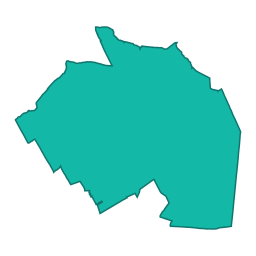 the district of Bahna, Neamt, Romania, rotated 90°
{"feature_id": "2599482B15679101167619", "entity_name": "Bahna", "entity_type": "district", "adm_level": 2, "iso_a3": "ROU", "parent_name": "Romania", "parent_adm1": "Neamt", "projection": "orthographic", "projection_center": [26.776, 46.763], "detail": "fine", "context": "isolated", "style": "filled", "palette": "teal", "viewbox_px": 256, "rotation_deg": 90, "n_neighbors": 0, "source": "geoboundaries", "source_scale": "gbopen_adm2", "svg_char_len": 5609}
<svg xmlns="http://www.w3.org/2000/svg" viewBox="0 0 256 256"><g transform="rotate(90 128 128)"><path d="M142.9,228.1L143.0,227.7L143.0,227.1L141.2,224.5L141.0,223.7L140.5,223.1L139.7,222.4L139.2,221.2L143.9,218.4L146.4,216.9L147.2,216.4L151.3,214.2L155.8,211.6L156.9,211.1L163.3,207.2L164.4,206.3L164.8,206.0L165.7,205.7L169.2,203.7L171.5,202.5L171.9,202.4L172.3,202.3L170.3,200.2L170.1,199.8L170.1,199.4L169.7,198.8L168.4,197.3L167.9,196.6L167.0,196.2L166.7,195.8L166.1,195.4L169.1,194.3L172.4,192.5L173.4,191.9L174.6,191.0L178.6,188.9L179.3,188.3L179.8,188.0L180.4,187.7L184.6,185.3L181.4,176.0L186.1,172.9L188.4,171.6L189.1,171.4L190.2,171.3L190.8,171.2L190.7,167.9L190.6,167.6L190.7,166.4L191.6,166.7L192.1,167.0L192.5,166.9L192.8,166.5L193.1,165.9L193.3,165.8L193.6,166.5L194.1,166.6L194.5,165.9L194.7,166.1L195.0,165.9L195.0,165.5L195.3,165.2L196.0,165.4L196.1,164.5L196.3,164.7L196.8,164.9L196.8,164.4L197.0,163.9L197.5,163.7L197.7,163.2L198.6,163.0L203.6,160.2L204.4,160.0L204.6,159.8L203.7,158.4L201.2,154.2L202.0,153.7L204.9,158.6L213.5,155.9L210.8,151.4L207.7,146.1L205.3,142.1L203.2,138.5L201.6,135.8L200.0,133.2L198.9,131.0L197.8,129.0L197.1,129.4L193.4,120.9L197.2,118.8L192.2,116.6L190.3,116.3L189.3,115.9L188.8,115.6L188.6,115.3L188.4,114.8L188.1,114.4L180.7,104.1L179.3,102.1L191.9,95.6L193.0,94.7L193.7,93.7L195.8,90.7L196.2,90.1L196.5,89.8L197.5,89.5L203.0,86.9L206.0,89.2L206.8,89.7L208.7,91.2L210.2,92.0L210.8,92.4L211.8,93.7L213.0,94.2L214.1,95.0L215.4,95.7L216.3,95.9L217.0,95.8L220.1,86.4L221.0,84.0L221.7,84.5L222.3,84.8L222.9,85.2L224.6,85.7L225.2,85.8L226.3,85.5L226.2,83.9L226.2,83.1L226.4,83.1L226.7,76.0L227.0,72.1L227.1,69.9L227.3,66.4L227.9,60.0L228.4,56.5L228.5,53.2L229.0,48.5L228.8,48.0L229.0,44.0L229.0,41.8L228.8,39.5L227.8,36.8L227.3,32.3L226.9,28.5L226.3,24.6L225.2,24.6L223.8,24.5L217.0,23.7L175.9,19.7L163.8,18.4L151.1,17.3L144.7,16.6L139.5,16.2L137.4,16.0L136.8,16.0L133.9,15.8L133.5,15.7L132.4,15.4L132.2,15.4L132.0,15.5L131.8,15.5L131.5,15.5L118.3,21.4L117.1,22.1L116.1,22.5L114.2,23.4L110.8,24.7L109.0,25.6L108.2,26.1L107.5,26.3L106.9,26.5L106.4,26.6L103.8,27.9L97.9,30.5L96.4,31.3L92.4,32.9L89.0,34.5L90.9,37.7L90.9,37.8L91.0,37.9L90.8,37.9L90.7,38.1L90.5,38.4L90.4,38.8L90.4,39.2L90.2,39.9L90.0,41.0L89.7,42.0L89.6,42.9L89.2,44.1L88.9,44.6L88.4,45.3L88.2,45.6L81.0,46.2L79.0,46.3L78.2,46.2L76.7,48.9L75.6,51.1L71.9,58.3L71.7,58.4L70.9,59.9L69.1,61.7L67.5,63.2L67.9,63.6L68.1,64.1L67.8,64.0L67.4,64.0L66.8,64.2L65.6,64.5L63.8,65.4L62.6,65.5L62.3,65.6L61.8,66.4L61.1,67.1L60.5,67.5L60.4,67.7L60.1,67.9L59.9,67.8L59.3,68.1L58.9,68.5L58.6,68.8L58.2,69.8L58.0,70.6L57.8,70.9L57.1,71.7L56.8,72.0L56.4,72.2L55.9,72.2L55.8,72.4L54.8,73.5L54.5,74.0L54.4,74.1L52.4,74.4L52.0,74.5L51.8,74.7L51.3,75.5L50.0,76.8L48.9,77.8L48.6,78.3L47.1,79.5L46.8,79.6L46.3,79.5L45.8,79.6L44.7,80.0L44.4,80.0L43.7,79.9L43.1,79.3L42.6,79.0L42.7,80.8L43.5,82.1L45.1,83.9L46.0,85.3L46.8,86.2L47.4,87.1L48.1,87.9L48.6,88.6L48.9,89.4L49.1,89.9L49.1,91.0L49.0,91.8L48.9,92.1L48.7,92.3L48.4,92.7L48.3,92.9L47.9,94.1L47.7,94.7L47.7,95.3L47.8,96.3L47.7,96.8L47.6,97.0L47.5,101.5L47.2,103.6L47.0,106.6L46.1,114.1L47.1,114.3L47.1,115.3L48.0,115.6L48.3,115.9L49.1,116.1L48.8,116.3L47.4,116.3L47.2,116.5L46.8,117.0L46.4,117.8L45.4,119.6L45.3,120.6L45.0,121.4L44.8,122.0L44.3,122.5L43.6,123.0L43.5,124.2L42.6,127.6L42.2,128.7L41.9,130.3L41.8,131.3L41.7,131.8L42.6,131.9L42.6,132.0L41.4,132.4L41.4,133.2L41.3,133.5L41.1,133.7L40.9,133.8L40.7,134.3L40.8,134.9L40.2,135.6L40.2,135.8L40.4,136.2L40.3,137.0L40.2,137.2L39.9,137.3L39.8,137.7L39.2,138.0L39.3,138.5L39.2,138.6L38.6,138.8L38.3,139.0L37.5,139.4L37.0,140.1L36.8,140.7L36.7,140.9L36.3,140.9L36.1,141.2L35.6,141.6L35.4,142.0L34.9,142.3L34.4,142.4L34.0,142.6L33.8,142.6L33.4,142.3L33.1,142.2L31.5,142.5L30.8,143.0L29.7,143.4L29.6,143.6L29.6,143.9L29.2,144.5L29.0,145.1L28.8,145.5L28.1,146.3L27.1,148.8L27.1,149.2L27.0,152.0L27.2,154.4L27.5,155.5L27.6,157.0L27.5,157.4L27.2,157.9L27.0,158.7L27.1,159.3L27.1,160.4L28.0,160.3L29.9,160.3L31.4,159.8L34.2,158.7L34.3,158.3L34.7,158.2L34.9,158.4L37.4,157.3L38.4,156.7L38.9,156.3L39.7,155.4L40.5,154.9L41.0,155.8L44.9,154.0L47.8,152.8L50.8,151.4L65.8,143.9L65.6,148.8L65.4,150.4L64.9,152.4L64.1,154.9L63.4,157.7L63.1,159.1L62.4,161.1L62.3,162.3L62.0,163.8L62.2,164.4L62.0,164.7L61.9,165.1L61.8,165.9L61.9,166.4L61.8,166.9L62.1,167.5L61.8,168.5L61.8,169.2L62.0,169.9L62.0,170.5L62.4,171.2L62.3,172.0L62.4,173.4L62.5,173.7L62.9,174.6L63.0,174.9L62.9,175.4L63.0,176.6L63.0,177.1L63.4,178.6L63.3,179.1L63.3,180.0L62.4,181.7L62.2,182.2L62.0,183.6L61.9,184.3L61.9,184.6L61.9,185.3L61.6,185.8L61.5,186.5L61.3,187.1L61.2,187.3L60.9,187.7L60.9,187.8L60.9,188.1L60.9,188.4L61.0,188.6L61.0,188.8L61.2,189.3L63.9,190.2L64.8,189.9L65.5,189.7L68.7,189.6L69.7,190.1L70.5,190.5L72.1,191.2L72.9,191.4L73.3,191.6L73.4,192.5L73.7,193.0L74.9,194.0L76.6,195.5L78.0,197.0L78.4,198.1L78.8,198.7L80.0,200.1L80.7,201.2L84.6,204.9L88.2,208.0L88.8,208.4L89.1,208.1L91.7,210.5L92.8,211.4L94.7,213.5L97.3,215.3L100.4,217.9L102.1,219.2L103.1,219.8L104.6,219.6L106.5,219.1L108.1,219.1L108.8,219.8L109.0,220.2L109.2,220.3L109.5,220.5L110.1,221.1L110.3,221.4L110.7,222.6L110.7,222.9L110.6,223.3L110.7,223.9L110.6,224.2L110.9,224.9L111.0,225.2L111.0,225.8L111.0,226.1L111.1,226.5L110.5,226.8L110.6,227.5L110.7,227.8L110.9,227.9L111.1,227.8L111.4,227.9L112.1,228.7L112.3,229.0L112.9,230.2L113.0,230.7L113.0,231.7L113.1,231.9L113.8,233.0L115.1,234.5L116.2,235.4L116.8,236.5L116.9,237.4L117.1,237.9L118.2,238.7L118.8,239.3L119.5,240.4L119.9,240.6L129.4,235.5L135.0,232.3L142.9,228.1Z" fill="#14b8a6" stroke="#0f766e" stroke-width="1.5"/></g></svg>